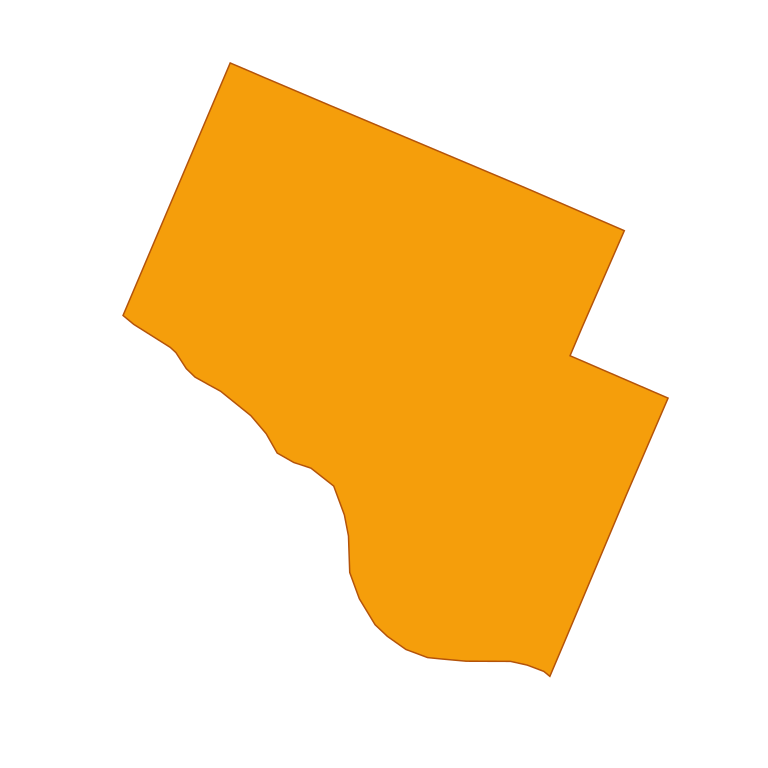 Manitowoc, Wisconsin, United States of America (Albers equal-area conic projection), rotated 113°
{"feature_id": "52423323B20769753681937", "entity_name": "Manitowoc", "entity_type": "district", "adm_level": 2, "iso_a3": "USA", "parent_name": "United States of America", "parent_adm1": "Wisconsin", "projection": "albers", "projection_center": [-87.714, 44.11], "detail": "fine", "context": "isolated", "style": "filled", "palette": "amber", "viewbox_px": 768, "rotation_deg": 113, "n_neighbors": 0, "source": "geoboundaries", "source_scale": "gbopen_adm2", "svg_char_len": 663}
<svg xmlns="http://www.w3.org/2000/svg" viewBox="0 0 768 768"><g transform="rotate(113 384 384)"><path d="M392.6,117.6L286.0,117.0L285.3,223.8L254.0,223.8L149.0,222.7L148.2,330.0L148.7,543.8L148.7,614.9L148.6,632.9L148.6,651.0L422.9,651.0L426.9,637.6L433.8,595.1L436.4,587.8L447.1,572.0L451.5,560.6L453.3,543.9L454.5,531.6L465.2,494.1L475.8,473.0L489.3,455.3L491.5,436.4L490.0,418.4L497.6,390.4L520.0,369.3L520.9,368.7L537.8,357.3L570.9,341.9L591.3,322.8L609.1,298.1L615.0,282.2L619.8,260.1L618.8,237.0L614.7,223.8L607.0,199.9L589.9,159.2L586.8,142.4L586.1,124.6L588.3,117.1L552.8,117.1L392.6,117.6Z" fill="#f59e0b" stroke="#b45309" stroke-width="1.5"/></g></svg>